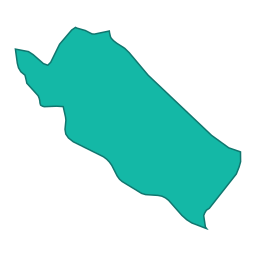 SVG path tracing the border of Ðong Tháp
{"feature_id": "VNM-500", "entity_name": "Ðong Tháp", "entity_type": "Province", "adm_level": 1, "iso_a3": "VNM", "parent_name": "Vietnam", "parent_adm1": "", "projection": "orthographic", "projection_center": [105.526, 10.632], "detail": "fine", "context": "isolated", "style": "filled", "palette": "teal", "viewbox_px": 256, "rotation_deg": 0, "n_neighbors": 0, "source": "natural_earth", "source_scale": "10m", "svg_char_len": 954}
<svg xmlns="http://www.w3.org/2000/svg" viewBox="0 0 256 256"><path d="M94.4,34.1L109.3,31.0L109.5,32.6L110.4,36.6L111.2,38.2L113.4,40.6L116.7,43.2L124.7,48.3L129.2,52.7L148.1,75.2L211.6,135.4L228.7,147.8L240.5,151.9L240.6,161.7L239.1,167.0L236.3,174.0L209.3,208.3L206.4,210.2L204.7,213.0L203.7,215.6L205.4,227.0L206.6,228.6L206.3,228.5L191.9,223.0L186.7,219.7L182.0,215.5L168.6,200.3L165.5,197.9L162.0,196.2L157.9,195.4L145.6,194.6L141.6,193.4L127.0,184.5L122.1,181.5L119.5,179.2L117.2,176.0L111.8,165.4L109.4,162.0L106.7,159.2L103.5,156.8L73.3,141.8L68.5,138.0L65.8,134.1L65.0,129.4L65.9,120.2L65.5,116.9L63.2,106.6L56.5,106.2L44.2,106.7L42.5,106.2L40.6,105.1L40.0,103.1L39.8,100.9L39.2,98.3L38.1,95.7L26.8,83.2L26.4,81.1L25.0,75.2L20.9,71.8L18.5,67.8L17.3,63.2L15.4,49.1L28.5,51.6L33.1,54.6L43.4,63.6L47.8,65.2L50.7,62.3L59.6,44.2L71.7,30.0L75.5,27.4L76.9,28.1L85.3,30.5L92.0,33.9L94.4,34.1Z" fill="#14b8a6" stroke="#0f766e" stroke-width="1.5"/></svg>